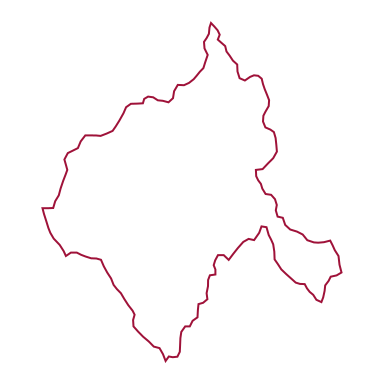 Pratápolis, Minas Gerais, Brazil
{"feature_id": "56859067B63533923209716", "entity_name": "Pratápolis", "entity_type": "district", "adm_level": 2, "iso_a3": "BRA", "parent_name": "Brazil", "parent_adm1": "Minas Gerais", "projection": "natural_earth1", "projection_center": [-46.849, -20.783], "detail": "fine", "context": "isolated", "style": "outline", "palette": "rose", "viewbox_px": 384, "rotation_deg": 0, "n_neighbors": 0, "source": "geoboundaries", "source_scale": "gbopen_adm2", "svg_char_len": 2490}
<svg xmlns="http://www.w3.org/2000/svg" viewBox="0 0 384 384"><path d="M42.5,208.2L44.0,214.0L46.2,220.9L48.4,228.0L50.3,232.8L53.7,238.6L59.7,244.9L63.6,251.0L65.9,256.0L70.9,252.6L76.8,252.6L81.1,254.8L85.5,256.5L91.2,258.3L96.4,258.5L101.0,259.8L103.8,266.3L107.2,272.5L111.1,278.5L113.6,284.9L116.9,289.1L120.9,293.2L124.3,299.0L128.3,305.2L132.6,310.7L134.6,314.7L133.1,320.0L133.5,326.4L138.1,331.6L143.1,336.7L148.8,341.5L153.8,346.6L159.5,348.1L163.0,354.2L165.6,361.0L168.8,356.5L172.8,357.2L177.4,356.7L179.8,351.8L180.1,345.3L180.4,338.1L181.3,331.9L185.2,326.4L189.8,326.4L192.6,320.8L197.5,317.3L197.9,309.9L198.5,304.1L203.1,302.8L207.4,299.2L206.6,293.2L208.0,286.2L208.1,280.0L209.9,275.3L215.4,274.5L215.4,269.5L213.7,265.2L215.2,260.3L218.0,255.1L223.7,255.1L228.7,259.9L233.3,253.8L237.9,248.0L243.3,241.9L248.6,238.9L254.1,240.1L259.2,232.8L261.5,226.4L266.5,227.2L268.7,235.0L271.1,239.6L273.2,244.3L274.3,251.6L274.6,259.4L277.8,264.0L281.3,269.4L286.1,274.0L291.7,279.0L295.7,282.6L299.9,283.9L304.7,284.1L307.0,288.4L309.7,291.9L313.2,294.8L316.4,299.8L321.4,302.1L323.2,297.4L324.6,290.9L325.2,285.4L328.6,280.9L330.7,276.7L336.6,275.4L341.5,272.5L339.5,264.7L338.5,256.0L334.8,250.2L332.6,245.3L330.2,240.6L323.9,242.2L318.2,242.7L313.9,242.4L307.3,240.2L302.7,234.5L297.0,231.6L290.2,229.5L285.2,224.9L282.8,217.8L277.6,216.6L275.8,210.3L276.8,205.0L275.0,199.2L271.1,194.8L265.6,194.0L262.3,188.6L260.9,183.9L258.2,180.3L256.2,176.2L255.9,169.9L262.6,169.1L268.2,163.2L273.2,158.2L276.9,151.6L276.3,144.6L275.6,138.0L273.9,132.1L270.4,129.6L265.4,127.4L263.0,121.5L263.4,115.7L265.5,111.6L268.7,106.1L269.1,100.2L267.1,95.0L264.7,89.1L263.0,84.1L261.7,78.7L258.2,75.8L254.0,75.3L250.1,76.9L244.9,80.5L239.6,78.2L237.5,71.5L237.2,64.5L232.9,60.6L229.6,55.6L226.5,51.5L225.2,46.1L221.3,42.7L217.8,39.6L219.7,34.7L217.6,30.3L214.5,26.7L211.0,23.0L209.5,27.5L208.9,33.8L206.6,38.1L204.0,41.9L204.5,48.4L207.7,54.9L205.1,62.6L203.4,68.1L199.9,71.7L196.6,75.8L193.7,79.2L189.0,82.9L184.0,85.2L177.8,84.9L174.1,91.2L173.0,98.2L168.5,102.3L162.8,100.8L157.8,100.3L153.2,97.3L148.1,96.6L144.2,98.9L142.9,103.3L137.7,103.6L130.9,103.8L126.1,107.2L123.5,113.2L119.3,120.7L115.6,126.6L112.6,130.9L106.6,133.6L100.6,135.9L96.4,135.5L91.2,135.4L85.3,135.4L80.7,141.4L77.9,148.1L72.9,150.6L67.8,153.1L64.4,159.5L66.1,165.5L67.3,169.9L65.6,174.6L63.2,180.8L60.6,188.5L58.8,195.3L55.2,201.2L53.2,208.0L48.1,208.2L42.5,208.2Z" fill="none" stroke="#9f1239" stroke-width="2"/></svg>